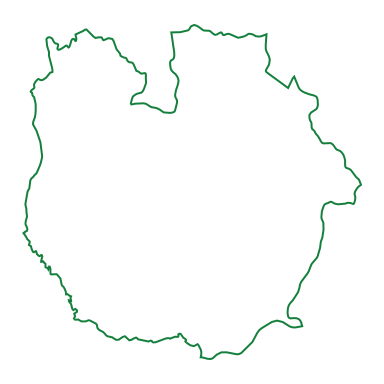 outline of Guárico
{"feature_id": "VEN-45", "entity_name": "Guárico", "entity_type": "State", "adm_level": 1, "iso_a3": "VEN", "parent_name": "Venezuela", "parent_adm1": "", "projection": "equal_earth", "projection_center": [-66.651, 8.828], "detail": "fine", "context": "isolated", "style": "outline", "palette": "green", "viewbox_px": 384, "rotation_deg": 0, "n_neighbors": 0, "source": "natural_earth", "source_scale": "10m", "svg_char_len": 5750}
<svg xmlns="http://www.w3.org/2000/svg" viewBox="0 0 384 384"><path d="M266.5,34.3L265.7,45.4L265.8,49.2L266.5,51.4L268.7,55.8L269.8,59.4L269.2,63.7L268.6,65.5L266.3,69.4L266.0,70.3L265.9,71.2L266.1,71.7L266.8,72.4L288.1,88.0L292.9,78.1L294.2,76.6L298.7,87.6L299.7,89.2L300.5,90.0L302.4,91.4L304.5,92.5L309.6,94.4L313.4,95.3L315.1,96.0L316.3,96.7L317.0,97.7L317.6,99.7L317.9,104.6L317.5,106.9L317.0,108.1L316.2,109.2L311.0,112.6L309.4,115.0L309.5,118.3L309.9,119.9L311.3,122.6L311.5,123.3L311.6,127.1L312.1,128.9L314.4,130.9L315.1,132.5L316.1,134.1L317.7,135.8L319.0,137.8L321.0,141.5L321.9,142.7L323.5,143.4L330.2,143.1L331.4,143.4L333.2,144.9L336.0,148.9L336.9,149.7L339.8,150.8L341.4,152.1L342.8,153.9L343.5,155.0L344.8,158.9L345.1,160.9L345.1,164.9L345.3,166.5L345.6,167.2L346.0,167.7L349.6,169.1L351.0,170.2L356.1,177.0L358.9,179.6L359.4,180.6L361.0,184.8L358.1,187.0L356.4,189.3L355.1,191.6L354.5,193.9L355.3,196.8L355.2,199.5L354.4,202.5L353.9,203.6L353.3,204.0L350.4,203.0L348.4,202.8L347.1,202.9L345.6,203.6L338.2,204.3L334.9,203.7L331.6,201.9L330.8,201.8L330.1,201.9L328.1,203.0L325.4,203.9L324.4,204.8L323.6,206.3L321.9,211.2L321.4,217.2L321.6,218.8L323.2,222.3L323.4,223.1L323.5,229.9L322.3,237.8L321.0,241.2L320.7,242.7L320.1,247.8L317.7,256.1L316.7,258.0L312.1,263.4L311.3,264.6L308.7,271.3L307.7,273.1L301.1,282.0L299.9,284.9L299.5,287.5L298.1,292.1L293.1,299.9L290.8,302.5L289.2,304.6L288.3,306.8L287.8,309.1L287.6,312.6L287.7,314.3L288.2,316.5L288.8,317.6L289.8,318.2L290.4,318.4L293.7,318.1L296.4,318.2L298.8,319.1L300.0,320.3L301.1,322.2L302.2,326.2L295.6,327.4L292.8,327.4L290.0,326.6L282.7,322.0L277.0,320.6L271.8,322.0L261.5,328.3L259.2,330.2L257.3,332.8L252.4,342.0L241.4,352.9L239.3,354.0L236.8,354.3L226.6,352.3L221.5,352.3L216.8,354.6L212.7,358.3L210.5,359.0L207.6,358.8L202.0,357.3L200.7,357.3L201.3,354.2L201.3,351.8L200.7,349.5L198.4,345.0L197.5,344.2L194.0,346.1L190.7,345.4L187.6,343.5L185.3,341.5L186.1,340.0L185.5,339.1L183.2,337.6L181.0,334.3L180.2,333.7L178.9,333.9L178.3,334.4L178.5,336.0L178.2,336.7L177.6,336.9L175.3,336.7L171.0,338.2L170.3,338.7L168.5,338.1L166.0,338.4L155.4,342.3L153.2,342.4L152.6,342.1L151.5,340.8L150.7,340.6L148.6,341.5L138.0,339.3L136.8,337.9L136.0,337.6L133.8,338.4L131.5,339.8L129.3,340.3L125.0,336.3L122.7,336.9L118.9,339.6L116.4,339.9L114.4,338.8L112.4,337.4L107.3,336.2L105.8,335.0L104.7,333.5L103.1,332.0L99.2,330.0L97.5,328.1L96.8,324.7L95.7,323.5L89.7,320.4L88.4,320.3L85.7,321.4L82.1,321.4L80.8,321.1L78.2,319.5L75.9,319.7L74.9,319.6L74.0,318.5L75.1,316.0L74.2,313.7L76.9,311.9L77.1,310.5L75.3,308.9L73.3,310.1L72.2,308.6L71.1,304.1L68.9,301.3L68.8,300.3L71.1,301.1L71.1,300.3L70.5,298.6L70.6,297.6L71.1,296.3L69.6,295.8L67.4,294.1L66.1,294.4L65.8,291.7L64.7,288.9L63.4,286.7L62.2,285.8L61.6,284.5L60.4,278.5L57.2,274.7L56.5,274.2L51.0,274.4L50.5,273.9L50.4,268.8L50.1,267.6L49.7,266.6L49.0,266.6L48.9,267.5L48.3,269.4L47.4,267.8L45.8,267.5L45.4,267.0L45.5,264.6L45.4,263.7L44.3,262.9L43.6,262.2L43.6,261.8L43.1,261.5L42.8,261.1L42.4,261.0L41.8,261.8L41.1,261.8L41.4,259.8L42.3,256.4L41.8,255.1L41.3,255.0L39.8,256.1L39.0,256.0L36.9,254.1L36.4,251.8L36.1,251.2L35.5,251.2L34.1,252.2L33.3,252.1L32.6,251.2L31.4,248.2L31.0,246.3L30.6,245.9L29.4,245.4L28.9,245.0L29.8,242.1L29.5,241.2L27.3,239.2L26.3,237.1L23.0,232.4L24.3,233.2L25.1,231.7L26.8,231.0L27.3,230.0L27.3,229.2L27.1,227.9L26.7,226.7L25.8,225.2L25.5,223.8L25.7,221.3L26.9,216.9L27.0,216.1L26.5,212.4L26.3,208.5L25.4,204.7L25.6,202.8L27.6,191.4L29.3,188.4L30.3,180.6L30.7,179.6L31.5,178.4L33.2,176.9L34.6,175.0L36.0,173.9L37.0,172.3L39.9,165.5L40.9,162.5L42.0,157.6L42.1,155.8L40.4,142.2L36.6,131.0L33.0,124.3L33.2,121.9L34.8,117.5L35.4,114.7L35.7,110.6L35.7,104.7L35.3,102.3L34.1,97.1L32.6,95.6L32.0,92.7L30.8,91.9L30.8,91.2L31.6,90.2L34.2,88.1L34.4,87.5L34.0,85.2L34.2,84.2L34.7,83.1L35.8,81.4L37.5,79.5L38.4,79.0L40.9,80.2L42.8,79.9L46.1,77.7L50.3,72.6L52.4,72.1L52.5,70.7L52.2,68.3L49.0,55.9L49.0,51.9L47.8,48.4L47.1,45.7L46.4,39.3L47.1,38.2L48.0,37.5L49.4,37.2L51.5,38.0L52.4,38.9L53.5,41.2L54.5,42.7L55.4,43.4L57.3,43.8L57.8,44.1L58.1,44.6L58.2,45.1L57.4,48.4L57.5,49.0L58.4,49.8L60.2,49.4L63.5,47.4L65.8,45.7L66.9,45.7L68.4,47.5L68.9,47.3L69.6,46.4L70.4,44.0L71.3,40.7L72.1,39.4L73.1,38.9L73.8,38.9L74.3,39.3L75.2,40.8L75.6,41.0L76.0,40.8L76.4,39.1L75.5,34.5L83.1,31.0L85.0,29.7L86.5,29.5L93.5,36.6L95.6,38.0L98.5,37.3L101.3,37.3L101.8,37.7L103.1,40.0L103.6,40.2L106.2,39.2L107.6,38.4L109.0,38.3L112.2,38.9L113.6,41.0L116.3,48.6L117.0,49.9L119.7,53.2L120.0,53.7L120.5,55.8L123.4,57.4L125.7,57.9L126.3,58.3L127.2,60.3L128.3,61.7L129.5,62.2L132.4,62.7L133.7,64.5L136.4,70.9L138.1,71.4L141.0,73.5L141.6,73.6L144.9,73.1L145.7,73.6L145.9,75.3L145.8,78.2L146.1,82.3L146.0,83.1L145.8,83.8L143.9,89.1L142.7,91.3L141.5,92.6L137.9,93.5L135.7,94.4L133.0,96.4L132.4,97.6L130.8,103.3L131.3,104.4L132.0,104.4L135.0,103.7L143.3,103.3L145.6,103.7L146.6,104.2L150.8,106.9L151.8,107.2L155.8,107.9L157.8,108.6L159.7,109.6L163.7,112.4L170.2,112.9L172.3,112.6L174.1,111.9L174.6,111.4L175.1,110.4L176.9,103.2L177.1,101.8L177.0,100.5L176.4,99.0L175.6,97.6L175.1,95.9L175.3,93.8L175.9,90.6L177.7,85.1L178.4,82.1L178.5,80.5L178.2,78.9L177.3,76.7L175.6,74.2L172.9,72.0L171.4,70.2L170.8,68.7L170.4,66.8L170.1,63.8L170.2,62.0L170.7,60.7L172.6,59.5L173.5,58.7L174.0,57.5L174.3,55.9L174.2,52.2L171.3,32.4L180.1,32.2L188.2,30.3L189.3,29.2L190.6,26.9L191.2,26.2L194.1,25.0L196.3,25.6L198.4,26.7L203.2,30.2L203.9,30.5L209.5,30.8L210.7,31.6L213.2,33.8L215.1,34.9L216.8,34.5L219.8,32.8L221.1,32.4L222.3,33.5L222.8,34.7L223.3,35.0L224.1,35.1L226.9,34.0L228.5,33.8L230.2,34.3L237.9,37.7L239.1,37.6L244.1,36.4L246.5,35.2L248.4,33.9L250.5,33.9L252.9,34.5L255.8,36.2L259.2,36.6L261.4,36.2L266.5,34.3Z" fill="none" stroke="#15803d" stroke-width="2"/></svg>